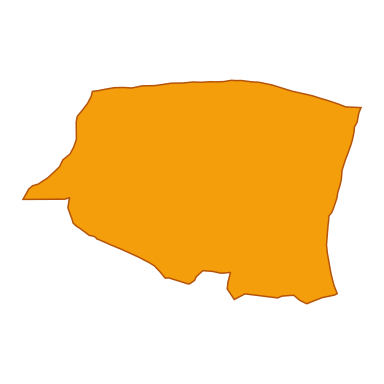 Bani Surim, Amran, Yemen
{"feature_id": "15242507B49574817537392", "entity_name": "Bani Surim", "entity_type": "district", "adm_level": 2, "iso_a3": "YEM", "parent_name": "Yemen", "parent_adm1": "Amran", "projection": "mercator", "projection_center": [43.98, 16.128], "detail": "fine", "context": "isolated", "style": "filled", "palette": "amber", "viewbox_px": 384, "rotation_deg": 0, "n_neighbors": 0, "source": "geoboundaries", "source_scale": "gbopen_adm2", "svg_char_len": 1875}
<svg xmlns="http://www.w3.org/2000/svg" viewBox="0 0 384 384"><path d="M361.0,107.6L345.6,106.9L338.2,104.0L332.6,102.1L328.1,100.6L320.6,98.4L312.1,95.7L311.7,95.6L291.7,91.1L271.8,84.9L266.9,83.9L259.2,82.3L251.3,81.8L246.6,81.2L243.6,80.8L241.0,80.5L235.9,80.6L231.4,80.3L223.7,81.6L215.7,81.9L210.4,81.7L201.2,82.3L196.2,82.1L193.0,82.0L181.9,83.1L180.1,83.1L176.0,83.1L171.1,83.2L162.5,84.5L154.9,85.6L150.3,85.7L142.0,85.9L131.7,88.0L124.0,87.5L121.9,87.5L114.2,87.7L106.0,89.1L97.9,90.7L92.4,91.4L91.1,96.6L87.5,103.5L82.5,110.0L77.2,116.5L76.2,122.3L76.3,131.4L76.4,139.3L73.7,147.1L69.9,154.2L62.9,159.8L59.5,166.8L53.5,172.5L47.3,178.2L42.6,181.2L38.2,184.1L32.7,185.7L28.7,189.1L23.0,199.4L64.7,199.2L69.5,197.8L69.4,199.9L69.1,199.9L67.9,207.8L71.3,217.4L71.6,217.9L73.2,223.2L76.7,226.4L79.4,228.0L89.3,235.4L93.1,236.1L95.7,237.3L96.5,238.7L110.6,244.8L116.8,247.4L121.9,249.5L137.9,256.8L138.2,256.9L143.8,259.9L147.9,261.9L154.4,265.8L160.1,271.9L165.2,278.1L168.7,277.9L179.8,281.3L187.6,283.8L189.5,283.9L194.6,280.4L196.3,276.6L197.7,275.4L202.8,270.7L208.9,271.1L213.1,271.5L220.3,273.1L223.9,273.1L230.1,272.4L230.4,272.5L229.1,277.8L228.4,280.6L228.0,281.8L227.2,288.7L227.7,288.9L227.6,289.5L234.3,299.5L244.9,293.9L245.7,294.0L256.8,295.3L265.3,296.4L277.6,297.9L281.8,296.2L284.4,295.9L289.7,295.5L293.8,295.3L299.7,300.3L302.7,301.8L306.6,303.7L307.4,303.5L314.3,300.7L316.7,299.8L322.0,297.7L322.5,297.5L327.8,296.5L334.7,295.0L337.2,293.6L337.1,293.2L334.0,285.5L331.4,275.4L330.3,270.3L329.0,262.2L327.4,253.5L326.5,245.1L328.0,225.6L328.6,220.8L328.9,216.0L330.5,214.0L331.7,212.6L333.4,208.5L335.1,203.5L336.9,198.2L337.7,192.8L340.2,184.5L341.3,179.5L342.1,170.2L345.2,160.3L347.2,155.2L349.1,150.0L351.1,144.2L352.4,139.8L354.1,131.6L354.4,127.2L357.1,122.2L358.8,113.1L361.0,107.6Z" fill="#f59e0b" stroke="#b45309" stroke-width="1.5"/></svg>